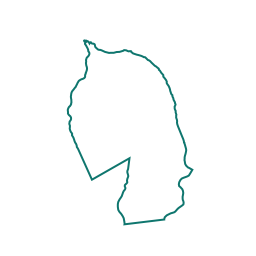 La Pointe, Choiseul, Saint Lucia (Mercator projection), rotated 152°
{"feature_id": "8701671B32861116669136", "entity_name": "La Pointe", "entity_type": "district", "adm_level": 2, "iso_a3": "LCA", "parent_name": "Saint Lucia", "parent_adm1": "Choiseul", "projection": "mercator", "projection_center": [-61.064, 13.794], "detail": "fine", "context": "isolated", "style": "outline", "palette": "teal", "viewbox_px": 256, "rotation_deg": 152, "n_neighbors": 0, "source": "geoboundaries", "source_scale": "gbopen_adm2", "svg_char_len": 5132}
<svg xmlns="http://www.w3.org/2000/svg" viewBox="0 0 256 256"><g transform="rotate(152 128 128)"><path d="M90.8,60.9L91.1,61.4L92.8,64.1L93.5,64.9L94.3,67.3L94.4,69.2L94.2,70.0L93.5,72.0L93.4,72.3L93.3,72.9L92.4,74.4L92.1,74.8L91.8,75.5L90.7,76.8L89.4,78.1L87.8,80.0L87.0,81.1L86.5,82.5L85.6,86.6L85.3,88.3L85.2,88.4L85.4,88.8L84.9,90.0L84.5,92.0L84.0,97.2L83.5,101.9L83.1,105.8L82.7,108.3L82.1,110.0L81.5,110.8L81.0,112.1L80.6,114.6L79.9,115.8L79.5,116.6L79.1,116.9L78.7,118.9L78.5,119.7L78.1,120.3L77.8,121.1L77.9,121.9L77.7,123.1L76.8,125.0L75.9,125.6L75.3,126.1L74.9,126.6L74.9,127.6L74.5,128.7L74.5,131.6L74.0,133.1L74.0,134.8L73.4,136.2L73.8,137.3L73.7,138.5L73.4,140.0L73.3,140.9L72.8,142.4L72.5,144.2L72.4,146.3L72.7,148.1L72.7,149.6L72.3,150.3L72.0,150.7L71.9,152.3L72.2,154.5L72.7,156.7L72.0,158.2L72.4,159.9L72.7,160.9L72.9,163.7L73.4,164.9L73.0,166.0L73.7,167.5L74.4,169.3L75.1,170.3L75.7,172.1L76.6,174.8L77.0,176.5L77.8,178.0L78.5,178.7L79.5,182.0L79.9,182.7L80.4,182.9L80.9,183.2L81.3,184.0L82.4,185.4L84.3,187.3L85.9,188.7L87.7,190.6L88.6,191.6L88.8,192.3L89.4,193.3L89.3,193.8L89.2,194.0L89.3,194.4L90.1,194.9L91.5,195.4L92.3,196.3L93.1,197.4L94.7,198.5L95.2,198.6L95.7,198.4L97.9,198.8L99.8,199.2L102.3,200.4L104.0,200.8L105.3,201.1L107.7,202.4L109.5,203.2L111.6,205.1L112.5,205.9L114.8,208.9L115.7,209.9L117.0,210.7L117.7,211.5L118.8,214.6L118.6,215.9L118.2,217.1L118.2,217.6L118.6,218.3L119.3,219.0L120.0,219.3L120.2,219.7L120.5,220.2L120.5,220.7L120.6,221.2L121.4,221.4L121.6,221.3L122.0,220.9L122.3,220.7L122.3,221.2L122.3,222.0L122.6,223.2L123.6,224.4L124.1,223.8L124.6,224.2L124.7,225.2L125.4,225.8L125.6,225.8L125.8,225.7L125.9,224.9L125.7,224.5L124.9,223.8L124.8,223.7L125.2,223.5L125.9,223.1L126.2,222.9L126.5,222.4L126.5,222.2L126.4,221.4L126.3,220.4L126.3,219.5L126.3,218.2L126.3,217.0L126.5,215.5L126.9,214.8L127.0,214.4L127.0,214.0L126.9,213.7L126.8,212.9L127.0,212.1L127.5,211.3L128.6,210.4L130.1,209.8L131.3,209.5L131.9,209.0L133.1,207.8L133.9,206.0L134.6,205.2L135.4,203.0L135.5,202.6L135.6,202.0L135.7,201.6L135.7,201.2L135.9,200.8L136.0,200.3L136.2,199.9L136.4,199.6L136.5,199.3L136.9,198.9L137.3,198.3L137.6,198.0L137.9,197.8L138.2,197.5L138.5,197.2L139.0,196.8L139.4,196.3L139.6,196.3L140.0,195.8L140.2,195.5L140.7,195.2L140.9,195.0L141.1,194.8L141.3,194.4L141.4,194.0L141.6,193.8L141.9,193.4L142.0,193.2L142.5,192.9L142.8,192.8L143.0,192.7L143.4,192.6L143.7,192.6L144.2,192.6L144.6,192.6L145.0,192.6L145.7,192.8L145.8,192.8L146.3,192.9L146.6,192.9L147.1,192.9L147.4,192.9L147.7,192.9L148.2,192.8L148.7,192.8L149.5,192.6L150.5,192.0L150.6,191.9L151.2,191.6L151.8,191.1L152.2,190.8L152.6,190.5L152.8,190.4L153.3,190.0L153.8,189.7L154.3,189.3L154.6,189.1L155.1,188.7L155.7,188.6L156.3,188.3L158.0,187.5L159.3,187.0L159.7,186.8L160.0,186.6L160.3,186.5L160.6,186.3L160.9,186.0L161.2,185.8L161.4,185.6L161.7,185.2L162.0,184.9L162.3,184.6L162.5,184.2L162.8,183.7L163.1,183.4L163.6,182.7L163.8,182.3L164.0,181.9L164.1,181.5L164.3,181.1L164.4,180.7L164.6,180.2L164.7,179.7L164.9,179.3L165.3,178.5L165.9,177.2L166.2,176.8L166.4,176.7L166.8,176.2L167.0,175.8L167.2,175.7L167.5,175.4L168.1,175.0L168.4,174.9L168.6,174.8L168.9,174.6L169.1,174.5L169.5,174.5L169.7,174.4L170.1,174.3L170.4,174.2L170.6,174.0L170.9,173.8L171.3,173.6L171.5,173.4L171.8,173.1L172.1,172.9L172.5,172.5L172.6,172.2L172.8,171.9L173.0,171.6L173.1,171.3L173.2,171.0L173.3,170.7L173.5,170.2L173.7,169.8L174.2,169.0L174.2,168.0L174.0,167.0L173.4,165.4L173.4,164.0L174.0,162.7L175.0,161.8L176.5,161.1L177.9,159.2L178.2,157.3L178.8,156.2L179.8,154.7L180.2,152.9L180.3,151.3L180.0,149.7L180.1,148.9L180.6,148.4L180.9,147.7L180.8,146.8L180.7,145.3L181.0,143.1L181.3,141.8L181.5,140.0L181.3,138.4L181.5,136.8L182.1,135.1L181.9,133.6L181.9,132.8L184.1,99.3L140.9,100.6L147.2,91.7L148.8,90.3L149.5,88.9L149.8,87.3L149.9,87.0L150.0,86.5L150.1,86.1L150.3,85.5L150.5,85.2L150.8,84.9L151.2,84.5L151.6,84.2L152.0,83.8L152.4,83.5L152.9,82.9L153.2,82.5L153.6,82.0L153.9,81.2L154.0,80.6L154.3,80.2L154.5,80.1L154.9,79.9L155.4,79.7L155.8,79.6L156.6,79.4L157.5,79.1L157.9,78.6L158.1,78.3L158.3,77.7L158.3,77.2L158.4,76.4L158.5,76.1L158.9,75.7L159.2,75.4L160.0,74.9L160.5,74.7L160.9,74.6L161.6,74.2L162.0,73.9L162.7,73.4L163.5,72.6L164.6,71.6L165.6,70.7L167.2,69.8L168.8,69.0L170.3,68.0L171.3,67.3L171.8,66.7L172.3,66.1L172.8,65.4L173.2,64.6L173.6,64.0L173.8,63.5L174.1,62.9L174.4,62.0L174.6,61.5L174.8,60.9L175.0,60.4L175.0,60.1L175.0,59.4L175.0,58.7L174.9,58.1L174.9,57.6L174.7,56.9L174.5,56.2L174.3,55.1L174.2,54.3L174.2,53.9L174.1,53.0L174.1,51.8L174.1,51.5L174.1,50.9L174.2,50.2L174.3,49.8L174.5,49.2L174.7,48.6L174.8,48.2L175.0,47.8L175.1,47.3L175.3,46.7L175.5,46.3L175.7,45.7L175.8,45.2L176.3,44.6L139.0,30.2L138.9,30.5L138.5,30.8L137.5,31.9L136.2,32.3L134.7,32.7L130.4,32.6L127.0,31.9L125.6,32.0L123.7,32.7L123.0,33.0L121.0,33.6L116.3,34.2L115.0,34.5L114.0,35.8L113.5,37.3L113.4,38.6L113.1,39.6L112.1,41.6L110.5,43.6L109.7,44.7L109.0,46.7L108.8,48.5L109.1,49.6L109.4,50.9L110.1,52.7L109.5,54.5L108.2,56.1L106.1,57.5L104.3,58.1L102.5,58.0L99.7,57.6L98.1,57.4L96.5,57.5L94.4,58.7L90.8,60.9Z" fill="none" stroke="#0f766e" stroke-width="2"/></g></svg>